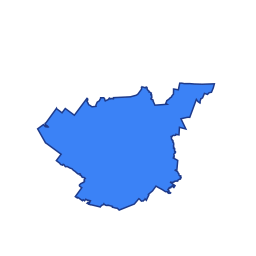 Aldama, Chihuahua, Mexico (Robinson projection), rotated 306°
{"feature_id": "50627088B67043530022751", "entity_name": "Aldama", "entity_type": "district", "adm_level": 2, "iso_a3": "MEX", "parent_name": "Mexico", "parent_adm1": "Chihuahua", "projection": "robinson", "projection_center": [-105.535, 29.114], "detail": "fine", "context": "isolated", "style": "filled", "palette": "blue", "viewbox_px": 256, "rotation_deg": 306, "n_neighbors": 0, "source": "geoboundaries", "source_scale": "gbopen_adm2", "svg_char_len": 5605}
<svg xmlns="http://www.w3.org/2000/svg" viewBox="0 0 256 256"><g transform="rotate(306 128 128)"><path d="M197.1,147.7L195.9,145.2L194.7,143.5L189.1,146.0L188.4,146.2L186.4,142.0L186.3,141.9L185.3,142.7L182.0,144.9L180.9,144.7L179.4,144.7L178.7,145.0L177.4,144.4L175.7,144.2L172.8,143.3L172.1,143.6L170.2,144.0L170.2,145.7L162.3,136.4L164.2,133.0L164.5,132.8L164.4,132.6L165.2,131.9L165.4,131.5L165.5,131.2L165.4,130.9L165.3,130.3L165.2,130.2L164.9,130.2L165.0,129.5L165.4,129.3L166.4,129.1L166.8,129.3L167.0,129.2L167.4,128.8L167.8,128.2L168.0,128.1L168.5,127.9L168.3,127.6L168.3,127.0L168.4,126.9L168.6,126.7L169.1,126.8L169.5,126.4L169.9,126.3L169.8,124.6L169.7,124.4L169.5,123.9L170.0,123.7L170.2,123.2L170.1,122.7L170.2,122.4L170.1,122.2L170.4,121.6L170.4,121.1L171.0,120.4L171.9,119.6L172.0,118.9L171.7,118.5L170.8,118.5L170.6,118.3L170.2,116.7L169.7,115.7L169.4,115.5L169.3,115.4L169.4,115.1L169.0,115.1L168.8,115.0L167.5,116.1L161.4,116.1L159.5,115.5L154.6,111.6L144.0,98.4L143.2,99.1L142.8,98.9L142.4,97.5L141.6,97.1L141.1,96.5L141.3,96.2L141.5,95.6L141.3,95.5L141.0,95.8L140.8,95.8L140.6,95.4L140.3,95.6L139.8,95.3L139.1,95.2L138.6,94.9L138.4,94.7L138.2,94.7L137.5,94.1L136.9,94.0L136.6,93.8L136.5,93.5L136.8,93.1L137.9,91.9L138.1,91.4L138.1,91.0L138.2,90.6L136.4,88.1L136.0,88.4L133.2,88.8L132.9,88.7L131.1,88.0L130.7,87.9L127.6,88.6L126.7,89.4L124.0,86.4L123.9,85.8L124.0,84.6L123.8,83.2L123.8,82.4L124.1,81.8L124.6,81.1L124.7,80.7L125.0,80.4L125.2,79.7L125.3,79.2L126.1,79.0L126.4,78.9L126.6,78.9L126.9,79.0L127.1,78.9L127.2,78.7L127.4,78.6L127.9,78.1L127.9,77.9L127.9,77.4L106.8,77.1L106.9,65.8L101.5,65.7L101.6,58.8L101.8,58.6L84.2,58.6L83.0,58.2L82.6,58.8L82.1,59.8L82.3,61.1L82.2,61.6L82.0,62.0L82.1,62.3L82.0,62.9L81.8,62.8L81.7,62.2L81.3,62.0L81.3,61.8L81.1,60.9L81.0,60.7L80.8,60.8L80.7,60.5L80.5,60.4L80.5,59.8L80.8,59.1L81.1,57.9L81.1,57.6L74.2,55.4L67.5,70.0L67.6,71.8L67.5,89.3L59.5,89.2L59.4,93.4L58.9,94.9L59.5,96.9L60.4,96.8L60.7,97.4L59.9,100.1L61.1,101.5L61.5,104.6L62.1,106.7L61.7,108.7L61.8,110.5L61.6,112.3L61.7,112.7L61.5,113.0L61.5,114.7L61.5,114.9L61.7,115.1L62.1,115.4L62.1,115.6L62.5,115.8L63.1,116.2L63.3,116.2L63.1,116.3L62.9,116.3L62.2,117.0L62.0,117.9L61.9,117.8L62.0,118.5L61.7,119.0L61.3,119.1L61.3,119.3L61.4,119.9L61.5,120.7L61.9,121.0L61.9,121.3L62.0,121.4L62.2,121.7L62.0,122.3L62.2,122.6L62.1,123.0L61.9,122.9L61.2,123.0L60.6,122.9L60.0,123.2L59.8,123.4L59.8,123.7L59.6,124.1L59.0,124.0L58.6,124.2L58.1,123.9L57.8,124.0L57.1,123.4L56.4,123.1L56.1,123.1L55.3,122.5L53.4,122.2L52.8,122.6L52.6,122.9L52.5,124.7L52.5,125.7L41.5,125.7L41.6,128.1L42.4,128.1L42.4,133.9L43.6,133.9L43.6,135.7L45.6,135.7L45.6,137.6L45.9,137.6L47.1,140.4L46.8,140.5L46.5,140.5L45.1,140.1L44.6,139.8L44.5,139.5L44.1,139.3L43.2,139.2L43.5,139.8L44.3,140.6L44.5,140.9L43.2,140.9L43.9,142.9L44.4,143.7L47.7,151.7L47.7,151.9L47.9,151.9L48.1,151.8L48.6,152.0L50.1,152.2L51.0,152.8L51.4,153.0L52.5,153.0L52.4,153.2L52.1,153.9L52.4,154.4L52.5,155.1L52.4,155.2L52.4,155.4L52.7,156.1L53.1,156.6L53.7,157.5L53.9,157.4L55.4,161.4L54.7,162.0L55.0,162.4L55.8,164.7L56.8,166.6L56.4,169.1L70.2,177.8L74.0,178.1L77.2,178.3L77.3,178.8L76.7,181.8L76.9,181.9L77.9,183.2L78.3,183.1L80.4,183.8L80.6,183.7L80.3,185.3L86.1,184.2L86.3,183.5L91.6,184.8L97.4,184.8L97.6,186.3L97.6,186.8L98.3,191.9L98.5,195.8L99.0,196.3L99.4,196.9L99.3,197.5L99.1,198.0L99.0,199.0L99.5,199.1L99.5,199.7L100.1,199.7L100.1,200.5L100.4,200.6L100.6,200.6L100.6,197.7L101.7,197.7L101.7,196.5L104.0,196.5L104.0,197.2L105.1,197.2L105.1,197.7L106.8,197.7L106.8,199.1L107.4,199.1L107.4,198.1L107.9,198.1L107.9,198.6L108.5,198.6L108.5,199.1L107.9,199.1L107.9,199.6L106.8,199.6L106.8,200.1L109.0,200.0L109.0,193.8L109.3,194.4L109.4,194.9L109.8,195.3L109.8,195.6L110.0,195.8L111.4,197.0L111.5,197.0L111.7,196.8L112.0,196.8L113.2,198.0L113.5,198.1L113.8,199.0L114.2,199.0L114.4,199.3L114.6,199.3L115.1,199.7L114.9,199.4L115.0,199.2L115.3,199.1L115.5,199.1L116.1,199.5L116.5,199.6L117.1,199.9L117.4,200.4L117.5,200.4L117.7,200.1L118.0,200.2L118.2,200.3L118.5,200.2L119.2,200.0L119.2,199.9L118.8,199.8L118.9,199.4L119.3,199.4L119.5,198.9L120.2,199.0L120.2,198.9L120.2,198.6L120.0,198.4L119.8,197.9L119.8,197.5L120.0,196.7L120.6,196.3L120.9,196.0L121.0,195.1L121.7,194.0L121.8,193.2L121.6,192.5L121.7,191.7L121.5,191.1L121.9,191.0L122.1,192.6L131.0,187.3L130.4,182.3L130.5,182.3L130.7,182.2L130.7,182.3L130.8,182.2L131.2,182.3L131.4,182.1L131.7,182.3L131.9,181.9L132.2,181.9L132.6,181.8L133.2,180.9L133.6,180.6L134.6,180.4L134.8,180.5L135.0,180.7L135.5,180.8L135.9,180.6L136.3,180.7L136.7,180.4L136.8,180.2L136.7,180.1L136.6,179.7L136.4,179.6L136.5,179.4L137.4,178.7L138.3,178.2L138.1,178.0L138.1,177.8L138.4,177.5L138.5,176.8L139.0,177.0L139.2,176.2L139.3,176.1L139.5,176.2L140.1,175.6L140.2,175.3L140.7,175.1L141.2,175.0L141.9,174.3L142.3,174.1L142.5,173.8L142.7,173.7L142.8,173.2L142.9,172.9L142.9,172.6L143.3,172.4L143.5,172.4L143.7,171.8L143.9,172.0L144.1,171.9L144.3,171.3L144.4,170.5L144.5,170.3L144.4,170.0L144.7,169.8L144.7,169.6L145.1,169.2L145.9,168.7L146.5,167.9L146.6,168.0L146.9,168.7L148.0,168.5L148.5,169.0L148.8,169.1L149.1,169.6L149.1,169.8L150.2,170.8L151.0,170.4L152.4,173.3L158.8,169.2L161.2,175.4L166.6,165.4L171.4,169.6L171.6,169.9L172.0,170.3L172.6,171.2L172.9,171.7L191.3,166.5L190.5,169.0L190.5,171.6L190.9,171.5L191.2,171.0L191.4,170.9L193.4,170.1L193.7,170.1L194.4,169.7L194.6,169.9L196.2,170.6L200.9,169.5L201.9,172.6L203.5,172.7L204.6,173.2L206.0,174.5L210.6,173.4L214.5,171.9L207.1,162.4L202.6,155.8L200.1,151.7L199.4,150.8L197.9,148.7L197.1,147.7Z" fill="#3b82f6" stroke="#1e3a8a" stroke-width="1.5"/></g></svg>